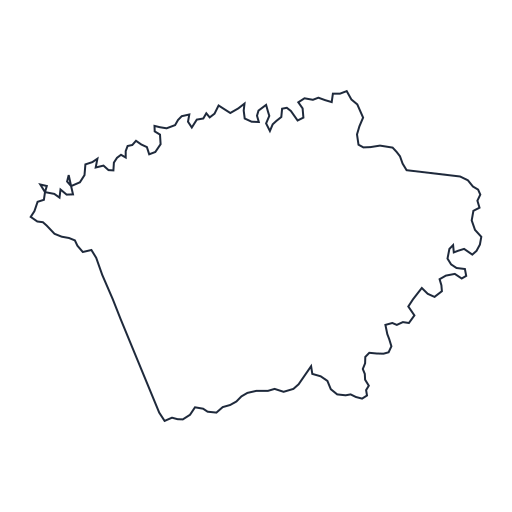 Bom Sucesso, Paraná, Brazil (orthographic projection)
{"feature_id": "56859067B82332845062276", "entity_name": "Bom Sucesso", "entity_type": "district", "adm_level": 2, "iso_a3": "BRA", "parent_name": "Brazil", "parent_adm1": "Paraná", "projection": "orthographic", "projection_center": [-51.824, -23.716], "detail": "fine", "context": "isolated", "style": "outline", "palette": "slate", "viewbox_px": 512, "rotation_deg": 0, "n_neighbors": 0, "source": "geoboundaries", "source_scale": "gbopen_adm2", "svg_char_len": 2593}
<svg xmlns="http://www.w3.org/2000/svg" viewBox="0 0 512 512"><path d="M45.0,192.1L43.9,199.8L37.6,201.8L34.4,211.2L30.7,216.9L37.3,221.5L42.9,222.2L46.6,225.5L54.5,233.8L61.7,236.7L69.0,238.0L74.9,240.4L77.4,245.7L82.8,252.0L91.4,250.0L96.2,257.8L102.2,274.8L112.8,299.3L120.5,318.8L131.7,346.0L159.2,412.6L164.6,420.9L172.0,417.7L177.6,419.2L182.8,419.4L190.0,414.8L195.0,407.3L203.1,408.7L207.6,411.7L216.4,412.6L222.7,407.1L230.1,405.0L236.4,401.5L241.4,396.4L247.4,392.9L256.2,390.9L267.8,390.9L274.6,388.9L283.6,391.8L293.4,388.9L298.6,384.3L311.1,366.2L312.3,373.9L320.7,376.3L327.4,380.9L330.8,389.2L337.2,394.4L345.6,395.3L350.6,394.4L355.9,397.0L362.1,398.6L367.0,395.5L366.1,390.1L368.8,385.7L365.1,379.7L364.8,373.9L362.8,369.0L365.1,363.3L365.3,356.9L369.3,352.8L376.6,353.5L383.5,353.7L388.6,352.3L391.4,346.3L389.2,339.1L387.3,334.1L385.4,324.9L392.3,323.0L396.8,324.9L402.9,322.1L408.9,323.0L414.4,315.4L408.3,306.5L413.0,299.3L418.2,292.6L421.8,288.0L427.7,293.8L434.5,296.9L441.9,291.2L441.4,285.3L439.6,279.2L445.9,275.6L454.8,273.9L461.7,278.5L466.2,275.9L464.9,269.0L456.5,268.0L451.1,264.4L447.5,258.6L449.4,248.9L453.1,245.1L453.8,252.4L458.3,250.7L464.1,248.9L472.3,254.6L476.5,250.9L479.9,244.6L481.3,236.8L475.0,229.9L471.7,220.4L473.4,210.8L479.5,207.7L477.4,200.7L480.3,194.6L478.1,189.6L472.9,186.5L467.9,180.3L460.1,176.5L406.6,170.2L402.6,163.6L400.0,156.3L396.6,151.9L392.6,147.6L380.0,145.6L370.5,147.1L363.4,147.4L358.5,144.7L357.0,134.4L359.4,126.3L363.1,117.6L357.3,104.4L351.4,99.5L346.7,91.1L339.9,93.7L332.9,93.7L331.7,102.1L325.0,100.1L318.4,97.7L312.9,99.8L304.5,98.3L298.3,102.3L302.6,108.4L303.4,117.6L297.6,120.5L290.9,111.0L286.8,107.8L282.1,108.7L281.3,117.0L276.4,120.9L272.7,124.3L269.9,131.0L266.1,123.4L269.3,115.9L267.8,111.0L266.1,104.9L258.5,110.6L257.0,115.7L258.8,122.0L251.6,121.7L244.7,118.5L243.7,110.6L244.5,103.6L238.3,108.4L230.3,113.0L224.2,109.1L218.6,105.5L214.5,113.7L209.7,117.4L206.3,113.3L203.3,118.5L196.8,119.6L191.8,127.5L188.0,121.7L189.3,114.5L181.7,116.2L178.0,120.0L175.1,125.1L166.6,128.3L159.8,127.2L154.5,125.9L154.7,131.4L160.0,134.6L160.6,144.2L155.3,152.0L149.2,154.3L146.9,147.1L141.3,144.5L136.0,140.8L132.3,145.0L127.6,146.0L125.7,151.1L125.7,157.5L121.0,154.8L117.0,157.8L113.9,162.6L113.4,170.4L108.5,170.1L103.5,165.6L95.7,167.5L97.4,158.7L92.4,162.1L85.4,164.4L84.5,175.1L79.9,182.3L71.1,186.1L73.0,194.4L66.6,194.6L60.5,189.5L59.5,197.6L54.3,193.9L45.0,192.1ZM45.0,192.1L46.8,186.0L40.3,184.5L45.0,192.1ZM71.1,186.1L68.7,175.1L67.1,181.5L71.1,186.1Z" fill="none" stroke="#1e293b" stroke-width="2"/></svg>